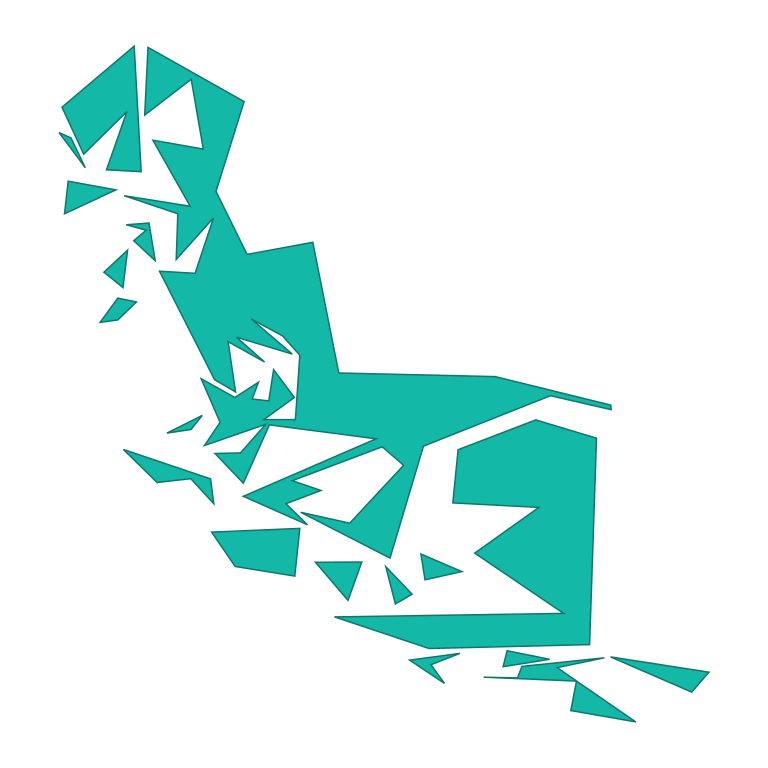 outline of Magallanes y Antártica Chilena
{"feature_id": "CHL-2692", "entity_name": "Magallanes y Antártica Chilena", "entity_type": "Region", "adm_level": 1, "iso_a3": "CHL", "parent_name": "Chile", "parent_adm1": "", "projection": "equal_earth", "projection_center": [-72.604, -52.278], "detail": "medium", "context": "isolated", "style": "filled", "palette": "teal", "viewbox_px": 768, "rotation_deg": 0, "n_neighbors": 0, "source": "natural_earth", "source_scale": "10m", "svg_char_len": 1925}
<svg xmlns="http://www.w3.org/2000/svg" viewBox="0 0 768 768"><path d="M244.1,101.6L216.0,191.4L247.1,254.4L312.8,242.3L338.8,373.0L495.2,376.6L610.8,405.1L611.1,409.7L550.5,395.7L423.5,446.1L390.0,558.1L300.7,512.3L349.7,523.2L403.6,465.3L382.2,446.8L292.3,480.7L320.9,490.5L285.9,503.7L307.5,524.8L243.3,496.3L376.1,438.8L269.4,424.9L243.3,483.2L215.0,453.5L240.5,452.9L265.7,424.3L204.5,445.5L220.1,422.3L201.2,378.8L234.9,397.5L258.5,382.2L252.2,399.0L268.8,400.9L273.6,369.7L294.4,397.5L263.8,419.6L295.4,419.6L299.8,355.2L282.5,335.9L251.1,318.9L292.3,354.1L236.4,337.2L264.6,362.0L228.1,341.7L235.6,392.0L214.6,379.7L159.5,271.2L195.1,273.3L213.5,217.9L176.2,259.5L177.8,213.8L124.1,195.7L190.2,206.3L152.9,140.2L203.3,149.1L191.2,79.3L144.7,115.1L148.0,47.4L244.1,101.6ZM589.6,644.6L429.0,648.5L334.4,616.9L563.6,613.4L474.7,553.1L538.9,507.4L452.8,502.9L458.1,449.7L535.8,419.9L596.5,438.2L589.6,644.6ZM83.7,154.2L62.0,107.2L134.2,46.1L141.2,171.7L106.5,169.8L126.9,111.6L83.7,154.2ZM635.7,721.9L570.8,710.6L576.5,681.1L483.6,677.2L517.5,677.9L521.9,666.4L604.4,657.8L557.1,667.6L635.7,721.9ZM294.8,576.1L235.2,566.5L211.6,532.1L299.8,528.4L294.8,576.1ZM691.7,692.1L610.5,656.9L708.9,672.2L691.7,692.1ZM420.9,554.0L461.8,571.6L425.0,579.8L420.9,554.0ZM210.6,478.9L213.8,503.7L190.8,478.7L157.1,482.5L123.4,449.5L210.6,478.9ZM395.4,604.0L385.8,566.7L412.1,594.2L395.4,604.0ZM348.0,600.4L315.5,562.3L361.8,562.0L348.0,600.4ZM115.8,189.9L64.5,213.8L68.2,181.2L115.8,189.9ZM127.6,250.1L123.0,287.6L103.9,272.2L127.6,250.1ZM202.3,415.4L191.0,429.5L166.9,433.1L202.3,415.4ZM431.0,664.7L444.4,683.4L409.6,660.1L459.9,653.4L431.0,664.7ZM155.2,260.7L133.7,240.7L146.2,230.2L126.2,224.8L149.0,223.0L155.2,260.7ZM503.1,666.7L507.1,650.7L549.6,659.3L503.1,666.7ZM85.3,167.7L59.1,132.6L71.0,138.0L85.3,167.7ZM136.4,302.0L117.7,320.0L100.1,322.4L117.8,298.1L136.4,302.0Z" fill="#14b8a6" stroke="#0f766e" stroke-width="1.5"/></svg>